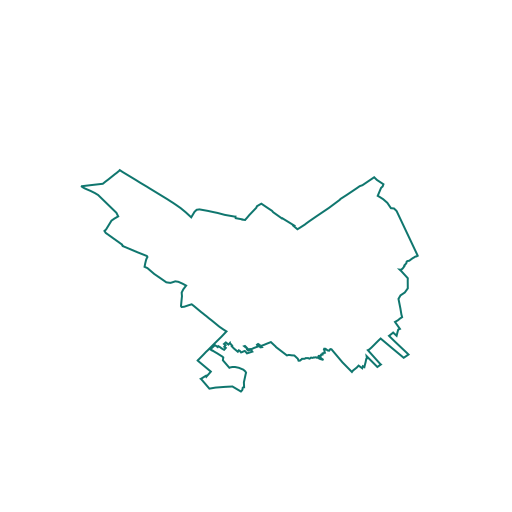 Limbaži, Limbaži, Latvia, rotated 217°
{"feature_id": "27541924B93215456258482", "entity_name": "Limbaži", "entity_type": "district", "adm_level": 2, "iso_a3": "LVA", "parent_name": "Latvia", "parent_adm1": "Limbaži", "projection": "equal_earth", "projection_center": [24.717, 57.51], "detail": "fine", "context": "isolated", "style": "outline", "palette": "teal", "viewbox_px": 512, "rotation_deg": 217, "n_neighbors": 0, "source": "geoboundaries", "source_scale": "gbopen_adm2", "svg_char_len": 5812}
<svg xmlns="http://www.w3.org/2000/svg" viewBox="0 0 512 512"><g transform="rotate(217 256 256)"><path d="M298.0,189.7L294.0,190.3L294.0,185.5L293.8,184.5L293.6,183.3L293.3,182.0L290.9,179.3L290.2,178.1L285.8,170.9L284.7,170.5L282.7,172.4L282.1,173.3L280.6,175.5L280.2,176.1L278.3,178.7L275.7,178.7L273.7,178.6L271.7,178.5L265.9,178.2L263.9,178.2L261.5,178.1L259.6,178.1L257.6,178.0L255.7,177.9L253.3,177.9L250.2,177.8L248.0,177.7L243.6,177.5L241.6,177.5L240.3,177.6L239.7,177.6L237.7,177.7L234.2,178.0L235.0,170.9L236.5,160.9L237.8,151.5L238.2,149.4L238.6,145.7L239.4,139.6L239.7,137.8L239.7,137.4L238.3,137.3L238.2,137.3L222.5,136.5L222.5,136.0L223.0,129.7L223.9,130.2L224.4,129.0L224.6,128.5L225.7,125.6L226.1,124.7L225.7,124.7L224.8,124.5L213.4,122.0L209.2,126.5L201.8,133.0L196.3,137.6L186.5,138.7L186.3,140.4L186.4,141.1L187.3,142.8L187.1,143.5L186.8,144.0L186.6,144.1L189.7,147.9L193.2,155.5L193.7,156.8L195.1,157.4L197.7,157.6L202.4,156.4L205.8,154.8L208.1,153.1L209.6,151.4L210.0,150.7L219.7,152.8L221.1,155.3L222.5,155.4L228.6,154.9L231.7,154.5L233.8,154.4L233.9,154.1L236.3,153.9L235.7,157.2L235.1,160.1L233.3,160.2L231.8,160.2L231.9,161.0L231.9,161.3L229.5,161.6L228.9,161.5L227.0,161.6L225.0,161.9L224.9,163.0L224.8,164.4L226.7,164.4L226.7,165.2L226.6,166.4L228.6,166.5L228.1,168.8L227.1,168.8L225.8,168.7L224.7,168.7L224.5,170.9L224.0,170.5L222.5,170.4L221.1,170.0L221.2,169.4L219.8,169.1L219.6,169.1L217.6,168.8L217.2,168.8L215.2,168.7L212.9,168.6L213.0,170.3L212.0,170.5L209.9,170.0L209.1,171.2L208.7,172.0L208.3,172.7L207.8,173.4L206.9,173.3L205.8,173.1L204.6,172.8L201.4,177.4L203.9,178.2L205.4,175.8L207.0,176.0L207.5,176.8L206.3,176.5L204.5,178.3L203.5,179.0L202.3,181.3L201.2,183.0L199.9,185.0L201.1,185.4L201.8,185.7L201.4,187.0L200.2,187.1L200.5,186.3L199.1,186.0L197.5,185.7L196.6,186.6L198.1,186.8L196.1,189.9L194.4,192.8L192.3,196.2L185.7,195.5L185.2,195.3L171.5,195.2L171.1,195.7L170.4,196.6L169.3,197.3L167.8,198.1L166.6,198.9L165.5,199.6L163.5,199.4L160.8,199.1L159.0,198.0L157.9,198.9L157.8,199.9L157.4,200.5L157.4,201.5L156.5,202.3L155.5,203.0L155.2,203.4L154.9,204.3L153.5,205.4L152.8,205.9L152.0,206.0L151.5,206.2L151.1,207.0L151.0,207.8L150.4,208.3L149.9,208.4L149.4,208.8L149.0,209.4L148.8,209.8L148.2,210.1L147.3,211.1L146.9,211.3L146.0,211.4L145.6,211.9L145.6,212.9L145.8,213.9L145.2,214.3L144.7,214.4L144.1,214.3L143.7,213.8L144.1,213.6L145.0,213.1L144.9,212.8L144.6,212.2L144.1,212.1L143.6,212.2L143.9,212.7L143.5,212.8L142.8,212.5L142.2,212.6L141.1,213.0L139.6,213.6L143.0,213.5L144.0,214.5L144.3,215.3L144.6,215.8L144.3,216.2L144.5,216.6L143.7,217.2L144.2,217.7L144.3,218.3L143.4,218.8L143.4,219.6L142.8,220.2L143.8,220.9L144.4,222.0L145.4,222.1L145.7,223.0L144.7,223.7L141.8,223.7L140.6,224.4L140.8,225.7L140.4,226.0L140.3,226.6L139.5,226.9L138.3,226.6L128.2,224.3L123.0,223.1L109.6,221.1L109.6,222.9L108.4,227.5L108.1,230.2L103.6,230.3L104.3,232.3L102.6,232.5L103.2,233.8L104.6,237.2L106.0,240.1L105.7,240.9L107.4,242.6L104.1,242.1L92.9,240.5L92.3,240.4L91.1,244.2L91.0,244.5L91.6,244.5L110.0,248.1L109.3,249.4L108.7,252.3L108.1,256.5L107.8,258.8L107.3,262.2L106.8,265.1L91.8,264.3L76.8,263.6L75.0,268.8L74.9,269.1L77.2,269.4L82.6,270.0L87.1,270.5L93.4,271.2L99.7,272.0L101.7,272.3L101.5,272.9L100.9,275.3L100.6,276.4L100.5,276.6L100.4,276.7L100.5,276.8L100.4,277.4L95.7,276.9L97.6,281.4L97.7,281.9L98.1,282.8L97.2,284.4L103.8,286.5L105.3,287.0L104.0,290.0L103.9,290.4L103.4,292.6L102.5,295.1L104.8,296.9L109.0,300.9L116.4,307.5L116.9,311.5L115.2,316.4L115.3,321.5L119.9,327.5L121.4,329.6L130.0,331.2L130.4,331.3L133.0,331.6L132.0,332.2L131.7,332.8L131.6,333.4L131.4,333.8L131.3,335.9L131.4,336.5L131.4,337.3L131.7,337.3L131.9,338.2L131.6,340.0L131.7,341.1L132.2,341.8L132.2,342.6L132.0,343.1L130.8,344.4L130.6,345.0L130.4,345.7L130.3,346.1L129.9,347.4L129.6,348.4L129.3,349.1L129.0,349.7L128.7,350.7L128.2,351.7L127.6,352.2L127.2,353.1L127.0,353.5L127.3,353.7L170.7,376.5L171.9,376.7L174.4,377.0L177.0,375.4L183.1,377.5L188.6,377.9L192.6,377.6L195.0,377.3L197.1,385.6L196.9,386.9L196.7,387.7L197.4,390.0L205.2,389.5L209.0,390.0L213.6,376.6L215.2,374.2L216.3,370.8L220.3,359.3L222.9,352.3L222.9,351.3L226.7,338.3L231.4,324.7L234.4,315.7L235.5,312.1L235.9,310.5L238.2,304.3L238.5,303.6L239.0,302.3L244.2,302.6L243.9,303.3L256.5,302.1L257.7,302.0L257.8,301.6L268.7,301.3L270.3,301.7L270.6,301.7L275.5,301.4L283.2,301.0L284.1,299.0L285.2,296.3L284.8,294.7L286.0,284.6L286.1,282.3L286.2,280.7L286.4,278.5L286.4,278.2L288.0,277.3L288.8,276.8L289.0,277.0L293.8,274.6L295.0,274.0L295.7,274.6L296.1,275.1L296.4,274.8L296.8,274.6L305.8,270.0L312.5,267.3L316.3,265.5L321.7,263.0L329.2,259.2L331.2,257.2L331.5,255.4L331.6,254.8L331.7,254.4L331.0,247.9L338.2,248.6L340.3,248.7L345.0,248.9L350.6,248.7L354.4,248.5L356.7,248.3L361.0,248.0L368.1,247.3L383.4,245.8L383.9,245.8L392.8,244.8L397.6,244.4L403.5,243.8L413.1,242.8L416.5,242.6L416.6,241.2L416.8,240.7L417.1,239.3L417.5,237.8L417.9,236.5L418.6,233.7L419.3,231.0L420.0,228.2L421.0,224.8L421.8,221.5L421.9,221.4L429.5,214.2L437.1,206.9L437.0,206.6L436.8,206.6L436.3,206.6L435.0,206.7L433.6,206.9L431.0,207.5L427.4,208.4L424.7,208.9L422.6,209.3L421.6,209.4L420.6,209.5L418.8,209.7L406.2,208.1L393.5,206.5L389.9,204.7L391.6,200.7L392.7,197.3L391.7,186.9L392.1,184.8L389.9,184.0L369.7,184.5L369.1,183.9L368.4,183.7L368.1,184.0L367.4,184.0L352.7,187.7L351.3,188.1L345.1,189.8L344.6,189.9L343.7,190.2L343.0,190.3L342.3,190.0L342.0,189.6L342.0,189.4L341.9,188.3L341.3,186.4L340.0,183.4L338.5,180.3L338.1,180.4L337.1,180.6L336.3,180.8L335.4,181.0L331.0,180.7L326.3,180.4L317.7,180.8L314.8,180.9L311.8,181.0L310.7,181.6L308.2,183.0L307.2,184.3L305.2,187.2L302.6,188.6L302.3,188.7L301.0,189.0L298.0,189.7ZM207.5,176.8L211.1,176.9L210.7,177.5L209.7,177.4L207.4,177.0L207.5,176.8Z" fill="none" stroke="#0f766e" stroke-width="2"/></g></svg>